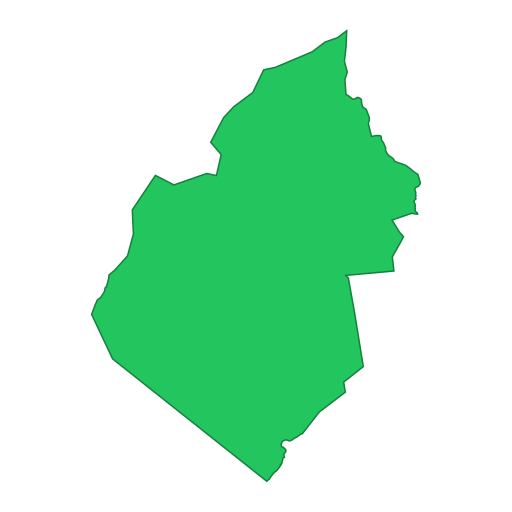 Bayan-Ovoo, Bayanhongor, Mongolia (Albers equal-area conic projection)
{"feature_id": "93677404B1507170544198", "entity_name": "Bayan-Ovoo", "entity_type": "district", "adm_level": 2, "iso_a3": "MNG", "parent_name": "Mongolia", "parent_adm1": "Bayanhongor", "projection": "albers", "projection_center": [100.443, 46.171], "detail": "fine", "context": "isolated", "style": "filled", "palette": "green", "viewbox_px": 512, "rotation_deg": 0, "n_neighbors": 0, "source": "geoboundaries", "source_scale": "gbopen_adm2", "svg_char_len": 2482}
<svg xmlns="http://www.w3.org/2000/svg" viewBox="0 0 512 512"><path d="M266.8,481.3L268.4,479.8L269.5,479.0L270.6,477.1L272.5,474.5L273.6,473.4L274.6,472.1L275.2,471.7L275.8,471.1L276.2,471.1L277.1,470.2L277.6,469.7L278.2,468.5L278.4,468.4L278.5,468.1L278.8,468.0L279.2,467.7L279.7,466.7L279.9,466.6L280.0,466.1L280.3,465.9L280.5,465.8L280.5,465.5L280.5,464.8L281.0,464.7L281.5,464.0L281.5,463.3L282.1,462.8L282.0,461.8L282.4,460.9L282.5,460.1L282.8,459.3L282.7,458.7L283.2,457.8L284.4,457.5L284.4,457.0L283.9,455.4L284.1,454.1L284.2,453.5L285.6,452.1L286.0,450.4L285.3,449.1L284.1,448.0L283.3,447.2L281.8,446.9L281.3,446.0L281.3,444.4L282.0,442.1L282.7,441.1L284.4,440.4L285.9,439.8L287.4,440.2L289.0,440.9L290.1,440.8L292.0,440.0L294.4,438.2L297.3,436.8L298.8,435.6L300.7,434.1L302.3,433.8L319.4,411.9L345.3,392.2L343.7,382.1L363.3,366.6L354.7,313.5L348.4,278.1L345.8,275.4L393.9,271.0L392.6,259.4L392.3,257.1L394.0,253.9L394.1,253.7L400.4,242.6L403.5,236.7L399.3,231.9L398.4,230.5L392.9,221.4L392.1,220.0L404.2,215.9L411.4,213.4L411.8,213.4L416.4,214.1L417.6,214.2L417.2,212.7L416.2,212.1L415.6,211.4L415.1,210.5L415.4,208.9L415.0,207.4L415.3,205.8L415.1,204.4L413.9,201.2L414.6,200.1L416.0,198.9L415.4,197.6L416.0,195.8L415.6,194.5L415.8,192.7L414.8,189.4L415.0,188.6L415.7,187.5L417.1,186.9L418.5,186.2L419.8,184.5L420.4,182.9L417.9,174.4L413.5,171.5L411.2,169.4L405.8,165.4L401.9,163.9L398.6,162.8L396.1,161.9L394.6,161.2L394.1,160.2L393.5,159.1L391.9,157.6L388.8,155.6L386.6,152.7L385.5,150.1L385.7,148.0L384.7,145.7L383.5,142.7L382.8,141.8L381.8,140.4L381.4,139.4L381.4,138.0L381.1,136.3L380.0,135.7L378.1,135.5L375.8,135.6L373.4,136.1L371.5,136.4L369.3,127.5L368.4,123.7L368.6,122.0L369.3,120.5L369.4,118.7L368.9,116.4L367.3,112.2L366.3,109.5L364.8,108.3L363.3,107.5L362.4,106.1L361.6,102.6L361.4,99.9L360.7,98.7L359.3,97.9L358.1,97.4L356.6,97.7L355.3,98.8L353.7,99.2L352.4,98.9L349.7,96.7L346.0,94.3L344.9,79.6L347.3,72.0L344.4,61.4L346.1,46.5L346.7,30.7L337.5,37.7L325.2,42.0L312.1,51.8L275.2,67.4L263.7,69.8L252.8,92.5L233.9,106.6L223.7,117.5L210.7,142.3L221.2,154.6L216.4,175.5L206.7,173.5L173.9,184.9L155.4,175.4L132.3,209.9L133.4,234.0L127.5,255.9L114.9,270.0L109.0,275.0L108.9,276.1L108.7,278.2L108.0,281.0L107.5,283.3L107.0,284.2L106.8,285.8L106.4,286.7L105.4,287.4L104.9,288.9L104.7,290.8L103.3,293.5L102.1,295.3L100.6,297.6L98.2,299.3L97.1,300.3L96.3,302.3L95.3,304.5L91.6,314.4L112.6,358.9L266.8,481.3Z" fill="#22c55e" stroke="#15803d" stroke-width="1.5"/></svg>